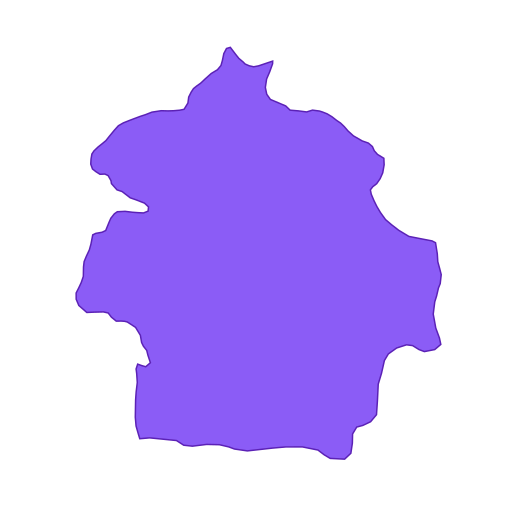 Kanowit, Sarawak, Malaysia (Robinson projection), rotated 175°
{"feature_id": "92858781B72543714708514", "entity_name": "Kanowit", "entity_type": "district", "adm_level": 2, "iso_a3": "MYS", "parent_name": "Malaysia", "parent_adm1": "Sarawak", "projection": "robinson", "projection_center": [112.256, 1.947], "detail": "fine", "context": "isolated", "style": "filled", "palette": "violet", "viewbox_px": 512, "rotation_deg": 175, "n_neighbors": 0, "source": "geoboundaries", "source_scale": "gbopen_adm2", "svg_char_len": 2562}
<svg xmlns="http://www.w3.org/2000/svg" viewBox="0 0 512 512"><g transform="rotate(175 256 256)"><path d="M222.4,448.7L236.9,445.2L241.8,444.7L246.2,446.1L250.1,448.2L252.0,450.5L255.9,454.4L259.0,459.1L263.4,466.1L267.3,465.3L270.4,460.5L272.5,453.5L274.3,448.8L278.2,444.9L284.7,441.7L291.0,437.0L296.2,432.9L300.3,430.5L303.7,428.2L306.3,424.9L309.2,420.2L310.5,414.3L314.9,408.4L319.3,407.9L325.3,407.9L330.8,408.2L337.8,409.0L347.1,408.4L353.9,406.4L359.1,405.2L365.6,403.4L370.5,402.0L376.5,400.2L381.7,397.8L386.1,393.7L391.6,388.1L395.5,384.0L399.7,381.1L401.5,379.9L403.8,378.4L408.2,374.9L410.6,371.9L411.9,366.9L412.6,361.9L411.3,356.9L408.2,354.0L404.3,351.0L399.4,350.8L396.3,349.0L393.9,343.7L393.7,340.7L388.7,334.0L383.8,331.9L376.2,324.9L370.8,322.5L362.5,318.4L358.8,314.3L359.6,310.1L364.3,308.7L370.0,309.5L375.5,310.4L382.5,311.9L390.3,312.2L393.4,310.4L397.3,306.3L399.4,302.5L403.5,294.5L407.2,293.1L413.7,292.5L416.8,291.3L419.4,282.2L421.5,276.6L425.1,270.4L427.7,265.4L428.8,260.1L429.8,250.7L432.4,244.8L435.3,239.8L438.4,234.8L438.9,228.6L436.8,222.1L429.5,214.5L422.5,214.2L412.9,213.6L408.2,212.1L405.4,207.7L400.9,203.3L396.8,203.0L396.3,203.0L392.6,202.4L390.0,201.5L387.4,199.5L382.2,195.4L378.1,187.1L377.5,179.8L376.0,175.9L373.1,171.5L372.3,166.5L370.5,158.9L375.5,155.3L379.4,156.8L383.3,158.6L385.3,153.9L385.1,149.2L385.3,140.3L387.2,131.2L388.5,123.0L390.3,105.9L390.3,97.1L388.7,88.8L387.7,84.1L377.8,84.1L351.3,79.1L344.5,73.8L335.9,72.1L321.6,72.6L308.9,71.2L299.8,68.2L294.3,65.6L281.6,62.6L256.4,63.2L243.1,63.2L226.5,61.8L211.2,57.3L205.4,52.0L199.7,47.9L185.4,45.9L184.4,46.7L178.7,51.2L176.3,61.2L175.3,70.3L170.6,76.8L164.4,77.9L156.3,80.9L149.8,87.4L147.7,100.9L145.4,117.7L141.2,128.2L137.2,140.7L132.7,146.9L123.9,152.1L113.8,154.4L107.8,153.1L101.8,148.6L96.6,146.1L86.1,147.2L79.6,151.8L80.4,158.3L83.2,168.6L83.8,175.3L84.5,182.7L81.9,194.8L79.6,200.4L77.0,208.3L74.9,212.4L73.1,221.3L74.1,227.4L75.4,234.5L75.2,242.4L76.0,253.6L79.3,255.7L89.5,258.6L102.0,262.2L111.6,269.2L118.3,275.4L123.8,281.0L128.2,288.4L131.3,294.8L133.7,301.0L135.8,307.5L136.3,311.9L133.7,314.8L129.5,317.5L125.6,322.2L122.5,327.8L120.4,335.7L120.1,342.2L126.1,346.6L129.0,350.5L130.5,354.9L134.2,358.7L140.2,361.4L148.5,367.2L153.4,372.5L156.8,377.2L160.2,381.1L163.8,384.0L168.2,388.1L172.7,391.4L177.3,393.7L180.2,394.9L187.0,396.4L193.0,395.1L201.2,396.9L209.3,398.3L213.3,402.9L228.0,410.7L231.2,416.2L232.0,423.1L230.0,431.4L226.3,438.3L222.7,446.1L222.4,448.7Z" fill="#8b5cf6" stroke="#5b21b6" stroke-width="1.5"/></g></svg>